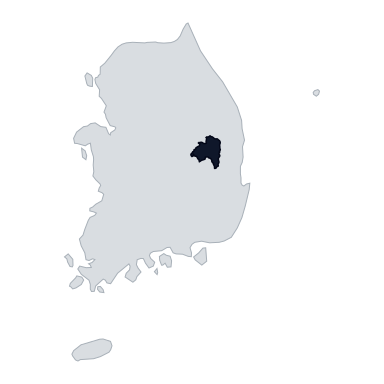 Andong-si, North Gyeongsang, South Korea shown in context
{"feature_id": "91817680B16014600177045", "entity_name": "Andong-si", "entity_type": "district", "adm_level": 2, "iso_a3": "KOR", "parent_name": "South Korea", "parent_adm1": "North Gyeongsang", "projection": "robinson", "projection_center": [128.764, 36.55], "detail": "fine", "context": "in_parent", "style": "filled", "palette": "ink", "viewbox_px": 384, "rotation_deg": 0, "n_neighbors": 0, "source": "geoboundaries", "source_scale": "gbopen_adm2", "svg_char_len": 5058}
<svg xmlns="http://www.w3.org/2000/svg" viewBox="0 0 384 384"><path d="M98.5,75.4L100.1,74.3L100.2,72.6L100.3,67.0L104.8,63.2L111.2,55.3L114.4,50.9L118.0,46.9L122.1,44.2L126.2,42.9L132.6,42.3L144.8,42.9L147.2,42.4L155.7,42.0L157.7,42.7L163.9,43.1L170.8,42.6L174.2,41.5L177.4,39.5L180.2,35.9L183.1,29.2L186.2,24.0L188.0,23.0L200.5,50.9L212.5,68.9L222.7,81.9L237.3,107.0L241.6,120.4L242.1,128.7L244.5,140.2L242.5,146.7L243.1,157.1L242.2,162.4L240.4,166.3L240.4,173.8L241.0,177.8L241.0,183.1L242.2,185.2L243.9,186.0L246.5,184.0L249.8,183.2L249.2,189.6L245.3,205.8L241.9,217.6L237.3,227.9L231.3,237.3L224.2,241.0L219.2,242.3L209.6,242.8L201.6,241.2L194.8,242.3L192.0,244.3L190.0,247.7L191.5,252.9L191.3,256.7L188.3,256.4L182.5,254.2L176.1,253.9L173.1,252.8L170.1,247.3L167.0,247.5L161.6,250.7L153.3,251.5L150.4,253.2L149.4,255.5L150.6,258.4L154.7,262.2L153.3,266.1L149.0,268.0L145.5,263.2L143.4,258.6L140.9,258.4L137.2,259.7L136.4,264.7L138.1,268.1L141.0,272.0L136.9,276.6L135.8,279.8L132.9,282.2L125.1,277.0L126.2,273.3L129.6,269.8L130.1,266.1L128.9,263.9L117.6,273.2L110.6,283.7L106.9,282.9L105.4,280.2L103.2,279.1L95.7,285.9L94.3,291.3L91.5,291.5L90.3,289.2L90.3,284.3L89.0,280.2L81.3,274.3L77.8,269.0L79.7,266.1L86.2,267.7L91.3,267.5L90.3,265.0L88.6,263.8L92.1,262.5L94.9,259.6L92.6,258.8L89.0,260.5L86.0,259.7L84.8,252.8L81.2,245.8L79.4,239.0L83.0,235.1L84.9,229.1L88.3,220.3L90.1,217.4L94.7,215.4L96.4,213.1L93.8,211.9L89.8,210.9L89.9,208.3L92.7,207.0L95.8,204.2L101.8,200.8L103.7,194.3L102.0,192.7L98.3,191.2L99.2,188.0L100.7,185.5L100.1,184.0L95.8,179.8L92.9,176.0L93.8,171.7L93.2,165.1L93.6,159.6L93.4,156.6L91.3,149.9L90.4,143.2L87.6,144.2L85.3,145.8L77.2,143.5L74.6,143.3L73.6,138.3L76.6,132.1L83.5,126.7L87.5,126.0L90.6,123.6L95.2,122.9L100.8,126.6L105.9,127.3L108.6,133.7L110.3,135.0L110.7,132.7L114.8,130.0L115.8,127.9L114.9,126.8L110.2,125.6L106.1,117.7L105.5,114.3L104.0,112.1L106.3,105.8L101.5,98.5L99.2,96.3L99.6,89.8L97.1,85.7L95.7,83.4L94.9,79.5L95.6,77.7L97.8,77.1L98.5,75.4ZM80.3,359.6L78.0,361.0L75.8,360.1L75.2,359.5L72.6,355.9L71.9,354.1L73.7,350.6L81.0,344.8L99.8,339.2L103.1,339.0L110.5,341.4L112.0,345.8L110.7,349.7L109.0,352.2L100.4,356.6L93.7,358.7L80.3,359.6ZM206.7,261.2L201.8,265.1L195.2,259.9L193.6,257.0L198.7,252.9L202.9,248.1L205.7,247.8L206.7,261.2ZM171.6,260.8L171.0,266.9L167.3,267.2L165.1,263.2L162.8,265.1L161.6,265.2L159.7,260.3L159.4,256.5L163.8,253.6L166.4,255.3L170.1,256.2L171.6,260.8ZM76.0,287.9L72.7,288.9L70.8,286.8L69.5,286.2L70.3,283.4L75.7,277.8L76.8,275.9L81.8,277.1L83.7,280.0L81.3,284.5L76.0,287.9ZM92.7,78.2L92.4,86.5L89.5,86.1L87.6,85.3L86.8,83.7L84.9,76.0L87.1,72.9L91.3,75.4L92.7,78.2ZM73.0,265.4L72.3,266.9L70.0,266.5L67.7,262.2L66.8,258.8L64.5,256.9L68.2,253.9L72.8,259.3L73.0,265.4ZM86.7,155.7L85.9,159.7L82.5,157.1L81.6,148.2L85.1,150.8L86.7,155.7ZM318.6,94.3L316.3,96.2L313.5,94.3L313.2,92.4L314.6,90.7L317.9,89.6L319.5,91.1L318.6,94.3ZM103.1,289.6L103.9,292.6L99.7,292.0L97.5,289.2L97.8,286.7L100.3,286.4L103.1,289.6ZM157.7,272.7L157.1,274.6L154.4,271.7L157.0,268.5L157.7,272.7Z" fill="#d9dde1" stroke="#a8b0b8" stroke-width="1"/><path d="M198.9,142.5L198.4,143.0L198.6,143.3L198.9,143.3L199.1,143.3L199.8,143.9L199.6,144.8L199.4,145.4L199.3,146.1L198.0,146.5L197.4,146.9L196.7,147.3L196.1,147.6L195.8,148.2L195.9,148.8L195.4,149.3L194.7,149.4L194.1,149.7L193.9,150.6L193.8,151.1L193.2,151.6L192.7,151.8L192.4,152.4L192.2,153.0L191.5,153.4L191.2,153.8L190.9,154.4L191.1,155.6L191.9,156.5L192.7,156.3L193.3,155.2L193.6,154.5L194.0,155.0L194.2,155.8L195.1,156.1L195.9,156.3L196.6,156.4L197.2,157.5L197.7,158.4L197.8,158.8L198.3,159.1L198.9,159.5L199.0,160.2L199.2,161.1L199.4,161.7L200.3,161.2L200.7,160.8L201.4,160.5L202.1,160.1L203.6,159.7L204.4,159.4L205.0,159.1L205.2,158.2L205.3,157.2L207.6,156.8L208.2,157.2L208.6,157.8L209.7,158.1L210.4,158.5L210.5,158.5L211.0,158.9L211.2,159.2L211.8,160.4L211.8,161.0L211.9,161.7L212.3,162.3L212.9,163.0L213.5,163.3L213.4,163.9L213.5,164.5L213.8,165.0L214.2,165.8L214.5,166.7L214.5,167.3L214.5,167.7L214.6,168.4L215.3,168.4L216.0,168.1L216.5,167.4L216.8,166.8L217.4,166.4L218.1,166.2L218.3,165.6L218.1,164.7L218.1,164.1L218.5,163.4L218.9,162.6L218.9,161.7L218.8,161.1L218.5,160.5L218.4,159.6L218.4,158.7L218.5,157.9L219.0,157.3L219.3,156.9L219.6,156.4L219.8,155.8L219.7,155.1L219.3,154.6L219.0,154.1L218.9,153.5L219.2,153.0L219.6,152.6L219.6,152.1L219.4,151.7L219.6,151.1L219.8,151.1L220.3,149.7L220.2,149.3L219.9,148.5L219.8,147.7L219.8,146.8L219.6,144.8L219.8,144.2L220.0,143.9L220.2,142.8L220.2,142.2L219.9,141.4L219.4,140.5L219.1,140.5L218.5,140.2L218.2,139.6L217.3,138.9L216.5,138.9L215.6,138.9L214.9,138.9L214.2,138.5L213.6,137.8L212.7,137.2L211.9,136.7L211.3,136.6L210.7,136.6L210.2,135.9L209.9,135.9L209.1,136.5L208.3,137.0L207.8,137.0L206.8,136.9L206.1,137.5L206.5,137.9L206.5,138.5L206.5,139.0L206.4,139.7L206.3,140.3L206.1,141.1L206.1,141.6L206.3,143.2L205.4,143.5L204.9,143.6L204.2,143.5L203.5,143.4L203.1,143.1L202.6,142.7L202.2,142.5L201.6,142.3L200.7,142.3L199.8,142.6L198.9,142.5Z" fill="#0f172a" stroke="#020617" stroke-width="1.5"/></svg>